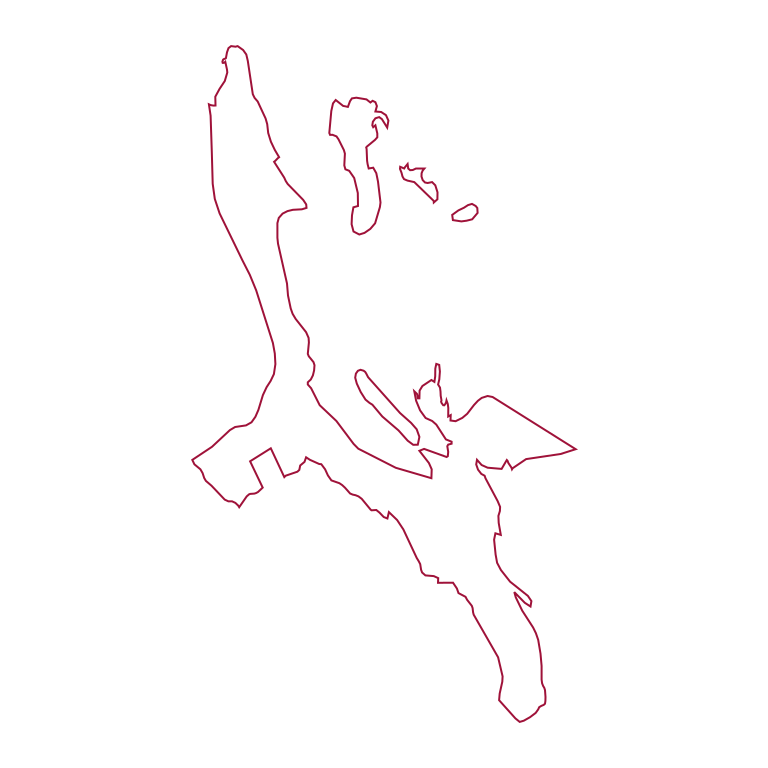 the border of Quezon
{"feature_id": "PHL-2572", "entity_name": "Quezon", "entity_type": "Province", "adm_level": 1, "iso_a3": "PHL", "parent_name": "Philippines", "parent_adm1": "", "projection": "equal_earth", "projection_center": [122.011, 14.191], "detail": "fine", "context": "isolated", "style": "outline", "palette": "rose", "viewbox_px": 768, "rotation_deg": 0, "n_neighbors": 0, "source": "natural_earth", "source_scale": "10m", "svg_char_len": 5118}
<svg xmlns="http://www.w3.org/2000/svg" viewBox="0 0 768 768"><path d="M237.6,46.1L243.1,50.0L246.3,54.5L247.8,60.9L252.8,94.2L254.6,97.9L257.7,101.5L265.6,118.5L267.2,124.1L268.2,133.0L270.9,141.7L274.8,149.9L279.1,157.2L277.8,158.2L275.3,160.8L274.1,161.8L284.2,177.6L285.8,181.1L287.7,184.0L303.2,199.9L306.2,204.4L306.5,207.9L301.9,209.3L292.9,209.8L287.5,211.1L282.6,213.6L278.8,217.9L277.4,223.1L277.4,237.8L278.0,243.6L287.0,283.5L288.0,295.5L290.7,308.4L292.6,313.8L295.7,319.0L306.1,332.2L308.6,337.9L308.9,342.5L307.8,353.9L308.8,356.3L313.5,362.1L314.5,365.2L314.1,370.4L312.9,375.4L310.8,379.5L307.8,382.3L307.8,384.5L311.1,388.2L319.7,405.2L336.4,421.0L353.6,443.9L358.3,448.7L395.8,467.8L431.4,478.2L431.7,469.3L428.9,463.0L419.4,450.8L424.1,448.9L446.6,457.0L447.8,456.2L448.2,451.9L447.3,446.2L448.2,444.6L451.6,443.7L451.6,441.7L445.9,439.4L436.3,424.6L432.2,421.0L425.6,418.0L420.1,410.4L416.1,400.7L414.3,391.3L416.9,393.8L417.4,395.3L417.9,398.3L419.4,398.3L419.6,390.6L422.4,386.0L431.4,380.0L434.4,381.9L435.2,376.4L435.3,368.6L436.3,363.9L439.2,364.9L439.9,371.5L439.3,379.4L438.1,384.5L440.0,387.6L440.5,391.5L440.7,395.8L441.5,400.4L441.1,401.7L441.6,403.0L443.2,405.2L444.3,405.3L445.4,403.8L446.2,401.9L446.5,400.4L447.8,404.1L448.3,408.0L448.2,416.5L450.7,415.1L450.5,420.5L455.6,421.2L462.3,417.9L467.2,413.8L474.0,405.0L477.9,400.8L481.7,397.9L487.6,396.0L492.6,397.0L575.7,449.2L560.6,454.0L526.1,459.1L512.7,468.2L512.0,469.3L511.5,467.7L508.3,462.9L507.6,460.9L506.8,460.0L501.6,468.9L487.6,467.7L481.6,465.0L477.0,459.8L476.2,464.4L478.0,469.6L481.3,473.9L484.6,475.7L485.5,478.3L497.6,501.0L500.1,506.9L499.9,511.0L498.4,515.9L498.7,522.9L500.8,534.9L495.4,533.3L494.1,539.7L495.6,554.5L497.1,562.8L500.9,570.0L510.1,581.7L527.9,595.9L531.4,601.1L530.5,606.5L524.8,602.8L514.3,592.1L515.8,597.4L522.2,610.6L533.1,627.5L535.9,633.2L538.2,639.9L540.5,653.6L541.6,666.0L541.6,679.6L542.1,683.3L543.1,685.9L544.3,687.9L545.0,690.1L545.5,697.0L545.4,701.0L545.0,703.7L543.7,704.9L541.3,705.9L539.2,707.2L538.2,709.4L535.7,712.9L530.0,717.2L523.8,720.7L519.7,721.9L515.4,718.4L499.1,700.2L499.7,693.5L502.3,681.7L502.6,676.4L498.1,657.3L473.7,614.7L473.1,612.4L472.6,608.1L471.8,605.8L467.1,599.8L465.5,596.8L458.5,593.1L456.9,588.5L453.0,582.7L438.0,582.8L438.2,578.1L433.8,576.1L425.4,575.4L422.1,572.5L421.1,569.8L420.2,564.1L418.7,561.2L416.7,557.9L403.4,529.5L397.1,520.0L388.9,512.1L387.4,518.5L383.7,517.0L379.5,512.6L376.3,510.0L371.5,510.3L370.6,509.6L361.7,498.8L358.5,496.4L355.5,495.2L352.7,494.6L350.1,493.5L345.0,487.7L342.2,485.1L339.4,483.2L331.4,480.4L327.9,475.4L325.1,469.3L321.3,464.2L319.2,464.0L309.9,459.8L306.1,457.3L304.5,461.9L300.2,465.5L299.3,469.9L297.4,471.7L285.7,475.7L284.3,477.1L270.8,448.3L250.1,461.3L262.7,487.6L258.0,492.0L256.2,493.0L254.4,493.6L250.2,493.9L249.1,494.3L246.7,496.4L239.2,507.2L238.3,505.7L235.4,502.9L232.0,501.3L228.3,501.3L224.7,499.6L211.5,485.7L205.9,480.9L204.2,478.0L202.6,473.1L200.4,469.3L194.4,464.3L192.3,459.9L212.0,446.8L229.9,430.1L235.1,427.0L246.0,425.4L251.5,422.3L255.4,416.8L258.4,409.9L262.9,395.1L266.6,387.2L270.6,381.0L273.9,374.1L275.4,364.1L274.8,353.5L272.9,343.0L256.2,290.4L249.8,274.8L242.3,260.1L240.9,257.2L219.6,213.4L214.8,198.9L212.7,183.8L211.8,151.8L210.6,115.7L208.9,104.3L210.4,105.0L212.1,105.4L213.8,105.6L215.5,105.5L215.3,96.7L219.6,88.8L224.8,81.0L227.3,72.5L227.0,69.6L225.3,61.8L224.8,62.3L223.7,62.9L222.7,62.9L222.4,61.7L223.1,59.6L224.2,58.9L225.4,58.6L225.9,58.2L227.0,52.3L228.5,48.1L231.1,46.1L235.6,46.7L237.5,46.1L237.6,46.1ZM375.4,111.5L381.2,112.0L386.0,115.2L388.4,120.6L387.2,127.6L381.9,119.1L379.1,117.1L375.4,118.3L372.9,121.7L372.3,125.3L373.2,127.2L375.4,125.3L377.3,133.4L377.3,137.3L375.0,139.9L367.1,146.4L366.2,147.4L366.6,149.0L367.1,160.8L367.6,164.1L368.7,168.5L373.2,167.7L376.3,173.2L378.0,181.6L380.5,202.5L379.9,207.1L375.1,223.3L370.3,228.9L364.5,232.9L359.3,234.5L353.5,231.5L351.6,224.2L352.0,215.3L353.4,207.3L358.0,206.0L357.8,193.0L354.2,178.0L349.2,170.8L345.4,169.3L344.3,165.4L344.9,153.6L343.9,150.1L338.5,139.3L336.5,136.4L332.5,134.8L330.1,134.9L329.3,133.0L331.3,111.0L333.0,103.4L335.7,100.0L343.1,105.9L347.9,106.9L350.0,101.2L351.9,98.4L356.3,97.7L366.5,99.4L370.4,102.5L372.6,100.8L375.4,102.2L376.9,106.1L375.4,111.5ZM400.0,413.0L411.1,422.9L416.7,429.3L419.4,436.9L417.8,444.7L413.2,444.8L407.7,440.7L398.5,430.4L382.3,416.5L372.4,404.7L369.5,402.9L365.5,399.6L360.7,392.0L356.8,383.6L355.2,377.7L355.9,373.6L357.9,370.8L360.5,369.8L363.6,370.7L365.2,371.9L366.2,373.5L368.1,377.2L400.0,413.0ZM432.1,182.1L435.3,185.3L437.5,192.3L437.4,199.3L433.8,202.5L433.7,200.9L414.3,182.1L407.5,180.6L404.0,179.1L402.5,176.5L401.5,172.7L400.0,168.9L400.2,166.8L404.2,168.5L404.9,167.3L407.6,164.0L408.2,168.5L410.1,170.2L412.8,170.0L416.0,168.5L424.4,168.5L422.7,170.5L421.6,173.2L421.5,176.5L422.7,180.1L425.0,182.5L427.6,183.0L432.1,182.1ZM475.7,206.0L477.3,208.0L477.6,212.9L472.2,219.3L466.6,220.7L461.4,221.4L452.9,220.1L452.2,214.9L458.4,210.4L464.0,207.7L468.0,205.1L472.0,203.9L475.7,206.0Z" fill="none" stroke="#9f1239" stroke-width="2"/></svg>